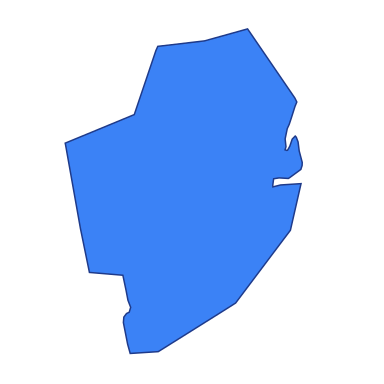 the district of Union Vale, Soufrière, Saint Lucia, rotated 351°
{"feature_id": "8701671B13319398950854", "entity_name": "Union Vale", "entity_type": "district", "adm_level": 2, "iso_a3": "LCA", "parent_name": "Saint Lucia", "parent_adm1": "Soufrière", "projection": "natural_earth1", "projection_center": [-61.055, 13.811], "detail": "fine", "context": "isolated", "style": "filled", "palette": "blue", "viewbox_px": 384, "rotation_deg": 351, "n_neighbors": 0, "source": "geoboundaries", "source_scale": "gbopen_adm2", "svg_char_len": 978}
<svg xmlns="http://www.w3.org/2000/svg" viewBox="0 0 384 384"><g transform="rotate(351 192 192)"><path d="M280.5,198.9L277.3,199.2L272.7,199.6L272.8,198.1L274.7,191.7L278.7,191.7L280.3,191.7L289.3,193.7L290.7,193.1L303.1,186.7L303.5,185.8L304.8,183.3L305.0,182.6L305.5,180.0L305.2,177.2L304.3,168.2L304.5,162.1L304.6,159.1L304.1,156.8L303.6,154.3L303.0,153.3L302.7,152.9L299.3,155.4L298.9,156.1L295.8,162.0L294.5,163.7L292.9,165.7L292.2,165.8L290.9,165.1L290.5,164.9L290.8,164.3L291.9,162.0L292.3,154.1L296.0,144.3L298.6,140.4L301.5,134.8L307.1,123.6L309.6,119.5L308.3,115.3L272.4,39.6L228.0,44.7L181.0,42.8L178.5,46.6L147.1,106.5L74.4,123.9L74.5,126.2L76.1,210.9L76.4,217.2L78.1,255.4L110.7,263.4L111.5,279.2L111.8,288.8L112.7,293.2L113.4,296.3L111.2,300.9L108.3,301.8L105.1,304.9L103.8,310.2L104.6,332.2L105.7,341.8L133.7,344.4L201.5,315.5L217.7,308.5L275.5,252.6L280.3,248.0L283.2,245.2L301.0,200.8L280.5,198.9Z" fill="#3b82f6" stroke="#1e3a8a" stroke-width="1.5"/></g></svg>